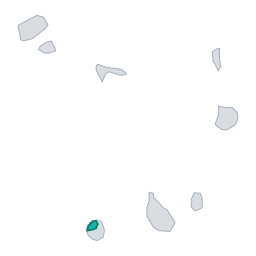 Sao Lourenco, São Filipe, Cabo Verde shown in context
{"feature_id": "66160863B41356087556588", "entity_name": "Sao Lourenco", "entity_type": "district", "adm_level": 2, "iso_a3": "CPV", "parent_name": "Cabo Verde", "parent_adm1": "São Filipe", "projection": "robinson", "projection_center": [-24.437, 14.978], "detail": "fine", "context": "in_parent", "style": "filled", "palette": "teal", "viewbox_px": 256, "rotation_deg": 0, "n_neighbors": 0, "source": "geoboundaries", "source_scale": "gbopen_adm2", "svg_char_len": 3078}
<svg xmlns="http://www.w3.org/2000/svg" viewBox="0 0 256 256"><path d="M175.1,222.6L170.1,231.4L159.1,230.7L153.4,227.1L146.8,216.1L147.0,207.6L149.3,200.3L148.9,193.9L149.8,192.2L153.2,193.3L153.8,197.6L163.8,208.1L167.5,210.2L175.1,222.6ZM32.1,38.8L24.1,40.8L20.7,39.8L19.6,32.3L18.0,27.3L18.3,25.1L36.8,15.4L43.3,17.0L47.9,24.7L44.8,29.0L32.1,38.8ZM218.5,106.1L225.4,107.8L228.0,107.2L232.4,107.6L237.1,112.5L238.0,117.8L235.7,124.5L226.6,129.9L221.3,129.3L215.1,124.3L218.6,114.5L218.5,106.1ZM103.4,237.0L97.0,240.6L92.4,239.1L88.2,235.3L86.1,229.9L87.8,225.3L96.5,219.8L101.6,221.6L104.4,230.1L103.4,237.0ZM121.6,69.5L125.0,72.3L126.2,74.3L121.1,75.4L108.8,71.7L105.5,73.9L102.2,81.8L96.0,69.9L96.4,65.5L97.7,64.3L106.5,67.4L121.6,69.5ZM196.8,210.4L194.5,210.8L191.0,206.5L191.8,200.6L191.4,199.0L194.4,192.7L200.4,193.3L202.0,197.9L202.3,207.6L196.8,210.4ZM55.5,51.0L48.7,53.2L44.5,53.0L38.5,49.6L40.4,46.0L46.9,42.0L51.4,41.1L55.1,48.3L55.5,51.0ZM220.8,66.1L218.2,70.9L215.0,63.8L213.2,62.1L212.3,51.9L217.1,48.8L219.4,48.5L219.5,59.1L220.8,66.1Z" fill="#d9dde1" stroke="#a8b0b8" stroke-width="1"/><path d="M96.3,228.4L96.3,228.1L96.3,227.9L96.3,227.7L96.4,227.3L96.5,227.1L96.5,226.9L96.6,226.6L96.8,226.4L96.9,226.1L97.0,226.0L97.1,225.9L97.3,225.8L97.2,225.8L97.3,225.7L97.4,225.4L97.5,225.2L97.8,224.7L98.0,224.5L97.9,224.4L97.9,224.2L97.7,223.6L97.6,223.4L97.3,223.0L97.3,222.9L97.2,222.8L97.1,222.7L96.9,222.4L96.8,222.2L96.7,222.1L96.5,221.9L96.4,221.7L96.5,221.7L96.4,221.6L96.3,221.3L96.2,221.3L96.2,221.2L96.0,220.9L95.9,220.8L96.0,220.7L95.9,220.6L95.6,220.6L95.4,220.8L95.1,220.9L94.8,221.0L94.7,221.0L94.4,221.0L94.0,220.9L93.8,220.9L93.7,220.9L93.7,221.0L93.4,221.3L93.3,221.2L93.2,221.3L92.9,221.3L93.0,221.4L93.0,221.5L92.9,221.5L92.7,221.8L92.4,222.0L92.2,222.1L91.9,222.2L91.9,222.3L91.7,222.4L91.5,222.5L91.5,222.4L91.5,222.5L91.4,222.5L91.5,222.6L91.4,222.6L91.3,222.8L91.2,222.8L91.3,222.8L91.2,222.9L91.2,223.0L90.9,223.2L90.8,223.3L90.7,223.3L90.8,223.3L90.7,223.4L90.5,223.5L90.3,223.7L90.2,223.7L90.3,223.7L90.2,223.7L90.2,223.8L90.2,223.7L90.2,223.8L90.1,223.7L90.1,223.8L90.1,223.7L90.1,223.8L90.1,223.7L90.1,223.8L90.0,224.0L89.9,224.0L89.6,224.4L89.5,224.5L89.4,224.5L89.3,224.8L89.3,225.0L89.1,225.1L88.8,225.4L88.7,225.4L88.6,225.6L88.4,225.8L88.5,225.8L88.6,226.0L88.5,226.3L88.4,226.6L88.2,226.6L88.3,226.6L88.3,226.8L88.2,226.9L88.2,227.3L88.1,227.5L87.9,227.8L87.9,228.0L87.7,228.2L87.6,228.3L87.6,228.5L87.5,228.9L87.5,229.0L87.5,229.3L87.5,229.5L87.4,229.8L87.4,230.0L87.4,230.3L87.4,230.5L87.5,230.4L87.8,230.3L88.0,230.4L88.2,230.2L88.3,230.2L88.5,230.2L88.6,230.3L88.8,230.2L88.8,230.3L89.0,230.3L89.3,230.3L89.5,230.3L89.8,230.2L89.9,230.3L90.0,230.2L90.3,230.2L90.5,230.1L90.8,229.9L91.0,229.9L91.3,229.9L91.5,229.8L91.9,229.9L92.0,229.8L92.2,229.7L92.3,229.6L92.5,229.7L92.9,229.7L93.0,229.6L93.3,229.4L93.5,229.4L93.7,229.2L93.8,229.2L94.0,229.1L94.3,229.0L94.5,229.0L94.5,228.9L94.8,228.8L95.0,228.7L95.4,228.6L95.5,228.5L95.8,228.5L96.0,228.5L96.3,228.4L96.3,228.4Z" fill="#14b8a6" stroke="#0f766e" stroke-width="1.5"/></svg>